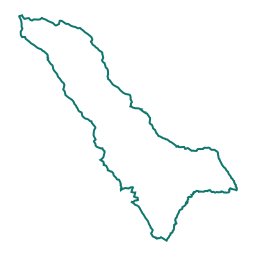 Muereasca, Vâlcea, Romania (Robinson projection)
{"feature_id": "2599482B47458721645660", "entity_name": "Muereasca", "entity_type": "district", "adm_level": 2, "iso_a3": "ROU", "parent_name": "Romania", "parent_adm1": "Vâlcea", "projection": "robinson", "projection_center": [24.285, 45.218], "detail": "fine", "context": "isolated", "style": "outline", "palette": "teal", "viewbox_px": 256, "rotation_deg": 0, "n_neighbors": 0, "source": "geoboundaries", "source_scale": "gbopen_adm2", "svg_char_len": 5819}
<svg xmlns="http://www.w3.org/2000/svg" viewBox="0 0 256 256"><path d="M215.0,150.1L214.3,149.8L211.6,149.8L210.2,148.9L209.6,148.0L208.6,147.7L207.0,147.9L204.7,147.7L203.6,148.2L203.5,148.7L203.1,148.9L200.9,149.1L198.8,149.0L197.6,149.2L197.3,149.5L197.0,150.5L196.5,150.9L194.2,150.9L193.2,150.6L191.7,150.8L187.9,148.1L187.3,148.1L185.7,148.9L185.1,148.9L184.4,147.3L184.0,146.9L180.3,147.2L178.9,147.1L178.5,147.0L178.3,146.2L178.0,146.0L176.4,146.7L176.1,145.8L173.0,143.4L171.1,142.1L169.7,141.6L169.3,141.1L167.3,139.5L165.8,139.3L165.3,138.8L162.6,138.0L161.7,137.3L159.7,136.3L158.5,136.0L157.1,133.7L156.3,133.0L155.0,129.8L154.0,129.2L153.0,128.2L152.7,126.7L152.1,125.1L151.6,124.6L150.4,124.1L149.6,122.7L149.8,122.0L149.8,121.1L150.1,119.1L150.1,117.9L149.3,117.1L148.4,115.4L147.7,114.8L147.1,113.6L145.4,113.1L145.2,112.8L145.3,112.4L144.2,112.2L142.2,110.8L142.1,110.4L140.6,109.6L140.5,109.4L140.8,109.2L140.2,109.1L138.9,108.4L134.9,108.2L132.4,107.4L131.7,106.7L130.4,106.4L131.0,105.2L130.8,104.3L131.0,103.4L131.9,102.2L131.7,101.4L130.5,99.1L130.7,97.6L130.3,95.8L130.1,95.2L128.7,94.5L125.7,94.0L123.1,92.7L120.2,90.1L118.2,87.6L114.4,85.6L112.7,84.4L109.7,80.2L108.1,79.0L108.0,77.6L107.5,76.5L108.0,75.0L108.1,74.0L108.0,71.3L107.7,69.7L107.0,68.4L105.8,67.5L104.6,63.2L103.4,62.4L102.6,61.5L102.1,60.5L102.1,60.0L102.8,58.8L103.2,58.0L102.8,55.7L102.2,53.8L102.4,53.2L102.2,52.6L101.7,52.0L99.2,50.5L97.1,48.0L95.8,47.4L94.9,46.2L92.5,44.5L92.1,43.4L90.9,41.8L91.1,41.3L92.0,40.6L92.3,39.4L91.4,37.1L88.1,34.3L84.7,32.0L83.3,30.6L81.2,29.1L80.5,28.3L80.0,28.0L78.0,28.3L74.8,26.8L73.6,26.7L71.0,25.8L68.1,23.9L65.9,23.8L62.7,21.5L61.9,21.0L60.5,20.7L60.0,20.7L59.6,21.1L59.0,24.0L57.0,25.1L55.9,25.5L54.9,25.0L53.1,23.1L47.7,20.9L46.3,19.8L43.2,18.7L41.9,17.9L41.7,18.0L41.2,18.5L40.0,19.4L38.5,19.6L33.9,19.4L33.1,19.7L32.7,20.2L31.9,20.5L30.4,19.9L28.9,18.1L26.5,18.4L24.8,18.9L24.4,18.8L23.1,17.3L22.3,16.0L22.2,15.4L19.3,16.1L19.2,16.3L19.4,17.0L20.5,18.9L21.3,21.4L21.6,23.6L21.6,26.5L21.7,27.1L22.4,28.4L21.9,29.8L20.7,31.6L20.8,34.5L21.0,35.3L21.8,36.8L22.4,37.2L23.3,36.9L25.2,37.1L25.5,38.5L25.8,38.9L29.4,41.7L30.9,43.2L34.2,45.2L37.7,48.0L41.1,49.3L41.9,49.9L42.3,50.6L44.1,51.5L46.8,53.9L47.5,54.8L47.5,55.3L47.9,56.0L47.4,57.4L47.5,57.6L48.1,58.0L48.0,58.4L48.2,58.8L47.6,59.3L47.7,59.8L48.5,60.7L50.6,63.8L52.5,65.4L52.7,66.0L53.2,68.8L54.0,70.5L57.3,74.3L57.5,75.6L58.3,77.1L59.7,78.5L61.9,81.7L63.6,83.1L64.0,83.8L64.3,84.7L64.4,85.6L64.0,86.3L63.9,87.6L63.2,89.4L64.6,91.2L65.5,95.1L69.1,98.0L70.4,98.7L72.6,100.4L74.0,102.5L74.2,103.6L76.1,105.8L76.4,106.5L76.5,107.1L77.3,107.9L78.5,110.6L79.5,111.6L80.8,112.0L81.7,112.8L82.1,115.0L82.4,116.1L84.1,117.6L84.2,117.9L85.9,118.8L86.7,118.8L87.8,119.2L89.3,120.3L89.7,120.9L90.3,121.2L91.4,121.3L92.0,123.1L92.4,123.6L95.2,127.0L95.4,127.9L94.4,129.5L93.8,131.6L93.8,132.9L93.5,134.9L93.9,136.2L95.6,139.6L94.1,140.9L94.0,141.6L95.4,143.8L95.7,145.8L97.3,147.1L101.0,148.4L102.4,148.3L102.5,149.1L103.4,149.9L103.7,150.7L104.6,151.2L104.6,152.4L103.4,157.2L101.9,158.9L100.4,159.9L101.8,160.9L102.8,161.3L103.5,162.0L103.7,162.4L103.5,163.1L103.9,163.7L103.7,165.0L105.4,165.4L106.2,165.8L107.7,168.8L107.8,170.3L109.3,170.7L110.6,171.5L111.7,171.6L113.2,173.1L113.6,175.1L114.0,175.8L116.2,177.9L116.8,179.2L117.4,179.6L118.8,179.6L119.4,180.3L119.6,181.0L120.3,182.2L120.5,183.4L120.9,184.1L120.5,185.3L121.2,186.4L121.2,187.1L121.5,187.5L120.8,188.9L120.9,190.1L122.4,189.0L125.4,188.0L128.7,188.5L129.5,187.8L130.3,187.7L130.6,187.4L132.1,187.2L132.9,187.4L131.4,191.9L133.7,192.6L135.2,192.5L134.8,194.6L134.0,196.6L135.9,197.4L137.6,197.7L138.0,199.9L137.2,200.0L137.1,200.3L134.6,200.7L133.5,202.0L132.5,202.0L131.1,201.6L131.7,202.1L133.4,203.1L135.2,204.8L137.6,205.7L138.7,206.7L139.4,207.6L142.5,213.4L143.5,214.5L145.6,218.1L147.6,220.6L148.3,222.1L148.9,223.7L150.4,226.6L150.8,227.5L150.7,227.8L151.2,228.2L152.7,230.0L152.3,231.4L151.8,232.4L151.1,233.2L151.5,234.3L152.0,234.8L152.7,236.4L154.7,237.3L155.7,237.4L155.8,238.0L156.2,238.0L156.8,238.6L157.4,238.5L157.8,238.1L158.2,238.1L158.3,238.3L159.7,238.1L161.0,237.2L166.6,240.6L167.8,238.2L168.7,237.5L169.5,235.7L170.5,234.7L170.5,233.4L172.1,232.6L172.7,231.8L172.6,231.2L173.7,229.8L174.0,228.7L173.9,228.4L174.1,227.0L174.0,226.1L174.4,225.5L174.2,225.0L175.0,224.5L175.3,223.7L175.6,223.5L176.2,223.7L176.4,223.5L176.4,223.1L175.8,222.8L175.6,222.3L175.8,221.4L175.7,221.0L175.3,220.7L175.2,220.4L175.4,219.0L175.9,218.0L176.3,217.9L176.6,217.6L177.4,215.1L178.9,212.3L179.0,211.6L179.6,210.4L180.2,209.8L182.0,209.1L182.3,208.7L182.4,207.1L183.2,206.7L185.3,205.3L185.9,203.3L186.5,203.6L187.2,203.0L187.3,202.9L186.4,202.1L186.7,201.7L187.6,201.3L187.5,200.2L188.3,199.2L188.2,198.1L187.9,197.7L188.3,197.2L189.4,196.7L190.5,197.1L191.7,196.5L191.8,195.8L191.5,194.9L191.9,194.9L193.1,194.2L193.0,193.4L193.5,192.5L193.8,192.9L194.2,192.8L194.7,191.9L195.4,191.8L196.5,190.9L198.6,191.2L198.8,191.8L199.9,191.6L204.0,191.7L204.9,191.0L205.6,191.1L207.2,190.8L207.5,191.1L208.9,190.3L209.5,190.4L209.9,190.1L211.6,191.9L212.5,192.1L212.9,191.9L213.7,191.9L214.7,192.5L215.5,192.5L216.8,192.0L218.4,192.3L220.8,192.1L221.4,191.9L221.4,191.5L222.6,191.6L224.1,192.6L224.8,192.4L226.0,192.6L228.0,192.5L229.2,191.9L229.5,190.8L229.0,189.9L230.0,188.5L230.7,188.3L231.2,188.9L234.9,189.6L236.5,190.2L236.8,189.6L236.7,187.7L235.7,186.5L235.9,185.2L235.8,184.9L235.5,184.8L235.1,184.4L234.7,183.1L234.2,182.6L234.1,181.1L233.2,180.2L232.2,178.6L231.3,178.2L230.7,176.5L228.7,173.9L227.9,171.7L226.5,170.5L225.5,168.7L224.7,167.7L224.1,167.5L221.9,164.6L221.4,163.3L221.1,162.9L219.7,159.9L219.2,159.1L219.3,159.0L218.7,158.3L218.2,155.3L218.0,154.8L217.8,152.4L216.7,151.2L215.6,150.7L215.0,150.1Z" fill="none" stroke="#0f766e" stroke-width="2"/></svg>